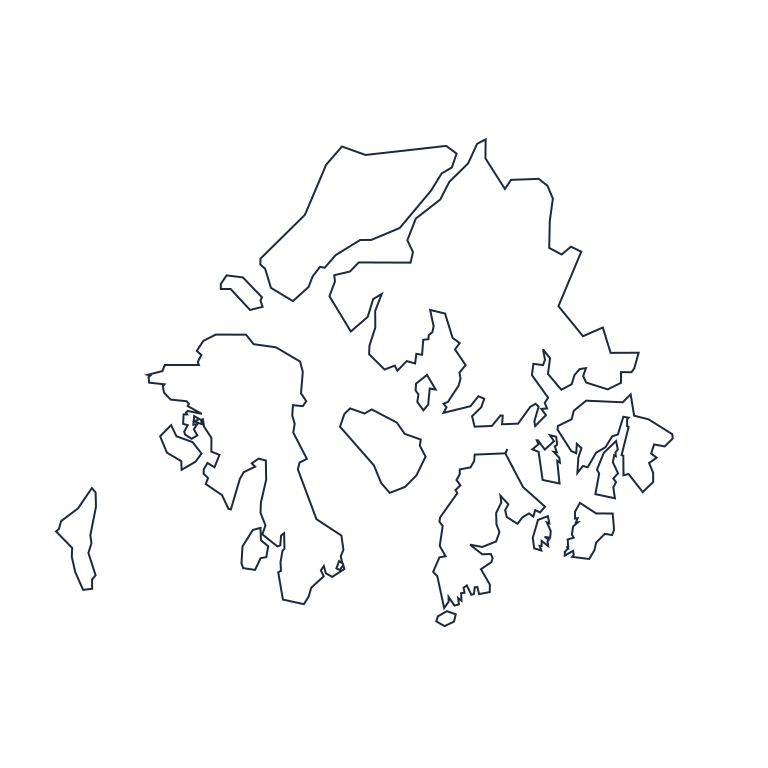 outline of Karlsøy nor, Troms, Norway, rotated 191°
{"feature_id": "86288312B39619690303479", "entity_name": "Karlsøy nor", "entity_type": "district", "adm_level": 2, "iso_a3": "NOR", "parent_name": "Norway", "parent_adm1": "Troms", "projection": "mercator", "projection_center": [19.425, 70.066], "detail": "fine", "context": "isolated", "style": "outline", "palette": "slate", "viewbox_px": 768, "rotation_deg": 191, "n_neighbors": 0, "source": "geoboundaries", "source_scale": "gbopen_adm2", "svg_char_len": 6166}
<svg xmlns="http://www.w3.org/2000/svg" viewBox="0 0 768 768"><g transform="rotate(191 384 384)"><path d="M330.9,643.5L338.4,637.6L343.5,616.6L358.4,595.0L364.0,575.8L384.3,552.5L388.5,529.6L380.7,519.0L381.1,508.2L432.0,498.5L438.9,487.9L453.6,481.3L451.7,475.3L454.3,459.8L426.6,429.2L412.8,446.8L410.8,465.3L403.4,472.0L406.6,454.0L403.3,437.7L405.6,419.0L404.3,410.4L386.2,398.3L377.0,404.1L373.4,399.6L366.1,410.8L357.4,410.1L358.0,419.8L352.2,420.0L353.9,434.9L348.9,436.5L349.4,440.3L346.4,444.2L346.3,450.1L352.8,465.5L337.5,464.8L325.5,442.4L317.5,438.6L320.9,431.5L307.5,418.1L312.1,409.6L309.9,403.8L310.5,396.5L317.9,378.5L321.8,376.0L318.2,373.1L320.1,367.0L294.9,378.7L289.0,390.0L282.8,388.7L284.1,379.7L291.4,369.2L286.9,359.4L270.1,363.4L263.6,375.4L261.4,375.6L260.4,367.0L244.8,370.7L236.1,389.4L231.4,393.5L227.9,391.2L229.3,376.0L227.6,371.6L219.1,384.3L224.8,389.6L219.3,391.1L222.6,396.1L220.3,401.9L240.5,420.9L241.2,432.3L231.5,432.9L230.6,438.5L234.5,448.3L225.9,440.9L225.0,425.2L208.8,412.2L199.7,419.6L198.7,429.2L194.8,436.0L188.8,438.1L190.0,429.8L185.8,424.0L163.3,421.4L151.6,430.4L153.6,440.9L143.3,442.8L141.3,447.1L140.0,463.3L167.5,457.8L180.0,481.2L197.8,468.9L227.6,493.7L215.6,551.5L226.7,554.5L234.3,545.0L247.8,549.1L252.4,576.0L253.6,598.2L261.4,609.8L271.3,614.9L298.3,608.6L302.5,598.5L327.5,624.9L330.9,643.5ZM442.1,153.1L420.6,152.6L417.3,161.3L416.6,170.1L406.5,183.7L410.4,189.0L408.3,193.8L405.0,187.1L398.0,184.8L387.6,194.8L389.4,198.5L391.9,193.0L395.5,193.9L394.3,201.6L390.7,200.1L393.6,206.7L392.2,213.5L396.9,227.1L424.5,238.4L452.3,283.8L451.9,290.8L445.4,295.8L463.8,319.0L464.1,328.0L468.0,335.5L469.4,345.8L459.5,346.8L457.0,352.3L463.7,359.0L466.0,380.3L470.6,390.0L497.1,399.4L519.6,398.2L528.8,406.1L558.6,400.4L569.5,391.9L574.1,380.8L568.8,377.6L571.0,370.1L569.3,367.3L602.9,360.8L603.9,354.4L617.8,347.9L615.0,347.6L616.4,345.9L614.8,340.5L599.5,341.8L600.7,339.7L598.3,333.6L590.5,328.0L574.5,329.4L571.7,327.3L572.5,324.9L557.1,319.9L571.6,320.1L573.0,318.1L571.5,316.6L574.9,315.9L573.6,306.6L568.8,306.1L571.0,299.2L569.8,296.5L562.5,293.5L557.4,297.9L562.0,303.3L559.7,308.8L563.4,307.7L564.2,316.3L558.5,314.4L563.0,311.1L554.6,309.7L556.9,313.8L555.0,314.9L552.6,307.9L543.1,298.1L540.6,284.7L532.0,283.0L534.5,269.9L542.2,272.8L544.6,265.9L544.0,261.5L538.8,258.2L539.9,251.8L521.8,244.0L512.9,231.8L510.4,231.6L507.4,263.3L504.9,270.7L494.7,278.3L498.7,280.8L492.9,286.8L485.4,286.4L481.4,267.6L482.2,243.9L480.6,233.9L473.4,222.6L474.7,213.2L457.6,204.2L455.0,205.8L456.1,215.6L453.6,218.5L450.3,203.4L451.8,200.7L451.6,189.4L449.5,180.9L451.9,179.0L442.1,153.1ZM513.3,456.8L489.2,448.0L476.6,464.8L474.6,475.9L469.2,486.8L464.4,486.8L456.1,501.2L434.9,520.8L424.0,523.0L398.3,540.2L374.7,582.8L367.6,601.7L358.7,609.5L356.7,624.0L368.4,629.6L445.9,605.3L470.6,609.1L482.6,588.2L493.9,535.0L529.1,483.6L528.3,477.8L522.7,474.5L513.3,456.8ZM295.0,205.5L282.2,175.5L279.0,182.8L280.0,187.3L272.5,179.9L268.4,182.0L270.4,188.0L266.6,186.1L268.4,193.4L265.1,194.5L267.0,199.2L264.3,202.1L258.0,193.7L255.7,195.0L256.1,201.8L253.6,202.6L250.6,195.9L240.5,199.9L241.8,207.3L253.5,220.7L244.6,229.6L244.1,233.6L246.7,237.5L255.1,235.6L268.9,242.7L256.4,242.8L243.9,250.8L242.4,260.7L246.8,267.6L249.3,278.7L246.3,290.0L248.4,296.6L239.0,289.7L241.0,283.3L238.2,276.9L226.3,272.2L222.6,279.6L217.0,284.6L212.1,282.3L211.5,289.1L206.3,287.7L202.5,294.3L227.9,309.4L251.5,338.9L250.5,343.7L251.7,339.1L281.5,332.0L280.8,325.6L283.2,318.6L293.4,314.6L292.4,310.0L294.5,303.6L289.7,299.1L293.6,293.5L291.2,290.8L303.4,263.9L303.4,259.5L299.3,255.8L298.4,235.7L290.7,226.7L296.5,224.4L299.9,209.0L295.0,205.5ZM139.9,420.9L146.2,411.6L182.4,406.2L192.6,393.9L193.1,385.2L205.2,376.0L205.0,372.4L187.4,353.9L182.1,352.7L183.3,362.1L177.9,358.7L179.2,349.0L177.2,333.5L173.1,341.5L168.1,341.2L162.7,357.0L154.5,364.2L150.0,376.2L144.8,379.1L142.8,397.5L137.5,397.6L138.6,395.9L137.4,389.1L135.7,388.6L137.2,359.5L135.4,359.3L131.5,340.1L126.8,342.3L109.4,327.3L101.1,339.1L102.9,348.3L108.7,357.0L102.3,363.7L108.5,366.7L107.3,376.2L96.5,376.3L90.2,385.6L91.4,389.7L117.5,399.8L132.4,400.6L139.9,420.9ZM367.8,286.2L357.6,278.2L343.7,287.0L334.8,300.3L329.3,320.6L337.0,330.2L337.4,336.5L354.1,339.0L364.1,348.6L391.2,356.7L397.5,351.3L412.7,353.6L417.2,347.0L419.0,333.7L378.4,302.2L367.8,286.2ZM640.1,124.5L631.4,127.3L633.3,136.3L630.6,141.2L641.9,161.7L640.8,171.9L643.4,179.5L643.3,208.5L646.4,222.5L650.9,226.1L660.6,203.5L674.8,187.8L675.5,179.6L677.8,176.7L658.8,163.6L657.5,154.8L651.3,140.7L640.1,124.5ZM165.1,252.6L166.4,250.2L149.2,251.4L145.7,261.1L145.5,268.8L138.6,279.1L131.3,279.2L130.3,284.7L134.8,300.5L151.0,297.4L169.0,304.7L172.1,295.1L170.8,288.4L168.3,289.2L169.2,284.8L167.2,285.3L171.2,280.2L170.8,272.1L168.5,269.4L174.0,266.4L171.9,258.4L173.8,259.5L172.0,257.5L174.5,253.8L173.8,250.0L166.6,256.3L165.1,252.6ZM568.3,269.6L566.3,261.2L554.2,271.7L549.9,280.9L560.8,290.4L577.8,293.1L585.1,303.0L593.8,290.0L584.0,275.2L568.3,269.6ZM155.5,316.2L135.5,315.9L139.2,326.3L137.5,332.0L140.9,335.0L137.2,341.0L144.4,350.8L144.5,358.0L142.7,357.3L143.7,361.1L142.0,364.3L145.3,372.3L155.1,358.4L158.6,340.5L155.7,337.2L155.5,316.2ZM210.0,320.1L192.7,319.8L199.3,341.6L196.3,340.4L197.9,345.1L204.5,349.8L201.3,350.0L204.4,355.3L202.5,357.5L204.9,365.1L211.4,365.4L206.2,360.3L213.6,350.3L222.2,358.1L223.3,357.9L220.9,354.3L225.9,348.2L219.3,346.9L210.0,320.1ZM529.6,431.1L517.9,436.6L521.2,442.4L520.4,445.9L542.9,461.7L559.2,460.6L563.3,451.1L562.3,446.1L552.7,448.0L529.6,431.1ZM487.1,176.4L475.1,176.9L471.9,189.5L466.5,191.6L466.7,202.6L475.0,207.2L477.8,219.2L484.9,215.7L491.9,197.6L489.7,180.8L487.1,176.4ZM205.2,251.3L197.8,250.6L200.3,254.8L198.4,255.0L199.3,260.0L191.9,256.3L193.5,260.9L192.3,262.6L197.1,264.6L191.6,264.8L192.2,271.4L197.7,279.2L195.1,278.8L197.9,285.5L206.9,280.0L208.6,261.3L205.2,251.3ZM352.6,390.5L351.8,383.8L348.2,380.3L347.9,372.8L340.3,365.7L336.7,372.4L338.3,388.3L332.2,388.4L343.5,401.1L352.6,390.5ZM278.9,173.0L286.8,166.2L287.3,160.9L278.3,157.9L270.0,164.1L269.6,171.6L278.9,173.0Z" fill="none" stroke="#1e293b" stroke-width="2"/></g></svg>